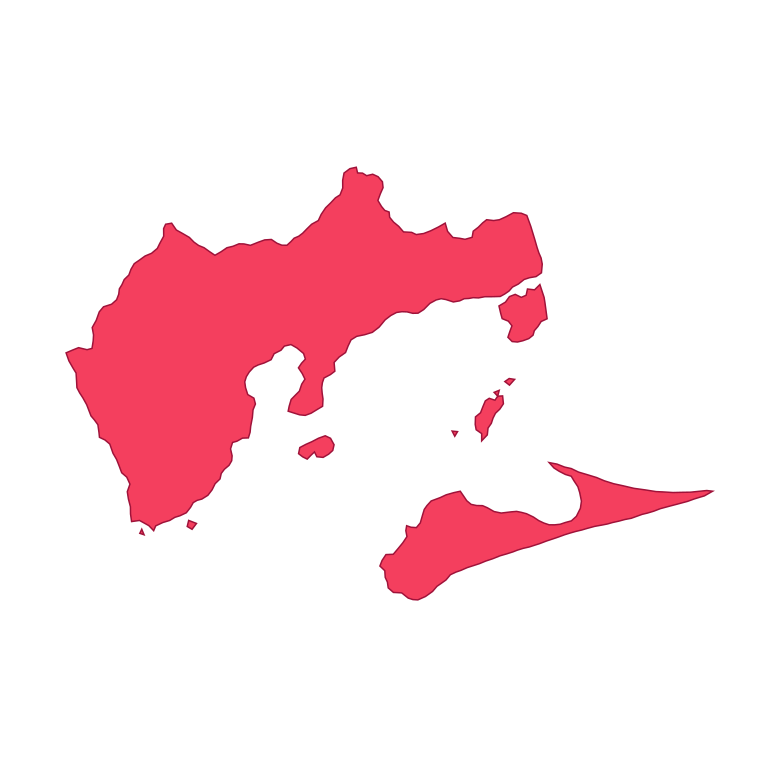 Mangaratiba, Rio de Janeiro, Brazil, rotated 352°
{"feature_id": "56859067B1398595920076", "entity_name": "Mangaratiba", "entity_type": "district", "adm_level": 2, "iso_a3": "BRA", "parent_name": "Brazil", "parent_adm1": "Rio de Janeiro", "projection": "orthographic", "projection_center": [-43.995, -22.973], "detail": "fine", "context": "isolated", "style": "filled", "palette": "rose", "viewbox_px": 768, "rotation_deg": 352, "n_neighbors": 0, "source": "geoboundaries", "source_scale": "gbopen_adm2", "svg_char_len": 5657}
<svg xmlns="http://www.w3.org/2000/svg" viewBox="0 0 768 768"><g transform="rotate(352 384 384)"><path d="M114.9,485.1L122.9,485.1L131.4,491.5L135.5,497.2L138.2,492.7L145.7,490.4L152.8,489.3L158.4,486.9L163.5,486.1L170.3,484.0L175.2,479.3L178.6,474.9L182.8,473.2L187.6,472.6L194.1,469.7L199.0,464.9L202.9,459.2L208.4,455.2L210.4,449.9L214.1,446.2L219.2,443.0L222.5,438.8L223.6,434.0L223.0,426.9L225.9,420.8L230.4,420.2L236.3,417.9L242.2,418.5L244.7,413.1L246.1,407.3L249.0,398.8L250.7,391.4L253.9,385.9L253.2,379.9L247.6,375.5L246.4,368.4L246.4,362.5L248.7,357.6L252.2,353.4L257.3,349.2L262.1,347.6L268.3,346.5L275.6,344.2L279.4,338.7L286.7,336.2L290.6,332.6L297.4,332.0L302.8,336.2L308.6,342.6L309.6,348.4L305.2,352.0L301.5,356.1L304.5,362.3L306.4,368.2L302.5,372.7L299.2,379.3L294.7,382.7L289.9,386.4L287.0,392.8L285.3,397.6L290.7,400.2L296.2,402.8L301.6,404.1L307.7,402.8L314.4,399.9L320.1,397.5L321.5,390.4L321.5,384.3L321.8,379.0L323.2,374.1L325.4,369.7L332.3,367.2L337.1,364.5L337.6,355.7L343.4,351.0L350.3,347.5L353.7,341.4L357.5,335.7L363.6,333.0L371.7,332.5L379.7,331.2L387.2,326.9L394.1,320.6L400.3,317.1L406.4,314.9L411.8,314.9L416.9,315.8L422.3,318.0L427.6,318.6L433.7,315.8L440.7,310.5L447.4,308.0L452.5,307.5L457.1,309.0L464.1,312.4L470.5,312.2L475.3,310.7L479.9,311.1L484.3,310.9L489.6,311.9L496.0,311.6L504.1,312.7L511.3,313.5L516.0,311.7L520.8,309.3L524.7,305.9L531.0,303.7L537.3,300.0L542.8,299.0L549.5,298.8L555.4,295.8L557.4,287.3L557.1,281.1L555.6,275.7L554.6,270.2L553.4,261.7L551.3,248.3L548.9,237.0L543.7,234.0L536.0,232.4L528.2,235.3L521.1,237.4L515.3,237.4L508.5,235.6L504.1,238.2L499.2,241.9L493.6,245.1L491.7,251.0L484.4,252.0L479.4,250.3L472.6,248.5L468.2,241.7L467.0,233.2L459.7,236.1L451.5,238.8L444.2,240.5L436.7,240.5L432.5,237.7L424.5,236.1L420.5,229.9L416.0,225.0L412.8,219.7L413.0,214.4L408.9,212.2L406.2,207.8L403.5,201.4L406.7,195.4L410.4,189.4L410.6,183.5L407.0,177.9L402.0,174.7L395.8,175.3L392.1,172.2L387.2,171.3L386.7,165.5L380.2,166.0L373.8,169.5L371.4,176.6L370.4,184.2L366.8,190.6L361.9,192.8L356.3,197.3L350.7,201.4L345.4,207.3L341.7,213.0L334.6,215.7L329.3,219.6L324.4,223.4L320.1,225.8L315.3,227.1L311.7,230.0L307.2,233.1L302.1,232.3L297.6,229.7L292.6,225.2L285.9,224.7L279.6,226.0L271.0,228.1L264.8,225.8L259.9,225.0L253.6,226.6L247.4,227.2L241.2,230.3L234.5,233.0L229.4,228.4L224.8,224.0L219.7,221.0L215.6,217.1L211.7,211.8L205.6,207.0L199.8,202.6L196.1,195.2L190.0,195.4L187.4,199.4L186.4,207.0L181.5,213.6L178.4,218.2L172.0,222.2L165.2,224.0L158.6,227.5L153.5,230.0L149.4,235.2L146.5,240.6L141.3,244.4L138.3,249.2L135.2,252.9L133.8,258.2L130.9,263.4L125.3,267.1L117.0,268.5L112.1,272.9L107.9,280.9L102.9,287.5L103.2,295.0L102.0,300.9L99.8,308.1L94.7,308.7L86.6,305.5L80.1,307.1L73.5,308.9L75.2,317.3L78.4,325.3L80.6,330.3L80.0,337.9L79.4,344.9L81.4,350.5L83.8,355.6L86.7,363.1L89.4,374.8L92.3,379.4L95.0,384.5L95.0,392.4L94.8,397.2L99.9,400.6L104.1,405.3L106.0,414.9L108.7,421.5L110.4,428.6L111.9,435.4L116.3,440.4L118.5,447.8L114.8,454.9L114.9,462.3L115.8,470.3L114.9,477.5L114.9,485.1ZM633.4,547.5L640.3,545.9L650.8,544.6L657.6,543.8L668.2,542.5L674.8,541.1L680.9,540.1L685.7,539.4L694.5,535.9L688.8,534.4L681.1,534.1L672.6,533.8L663.7,532.7L655.1,531.7L645.8,529.8L638.4,528.4L627.9,525.2L617.0,522.1L606.7,518.1L597.5,514.7L588.7,510.5L581.5,506.2L572.5,502.0L564.4,498.3L557.7,493.8L551.3,491.4L544.2,487.4L536.6,484.8L540.6,490.8L545.3,494.8L551.0,498.8L556.6,501.4L558.6,506.2L561.7,512.7L562.7,518.9L563.2,527.5L561.2,534.4L556.1,541.8L550.5,545.6L544.2,546.4L538.9,547.4L533.3,547.2L527.9,546.4L522.9,543.9L518.2,540.8L513.4,536.5L507.1,532.3L502.1,530.2L497.6,528.6L492.2,528.3L482.1,528.1L475.2,525.6L469.1,520.9L464.7,518.2L458.7,517.2L453.5,515.3L449.7,511.1L447.3,506.2L444.6,500.8L438.0,501.3L430.1,502.4L423.9,504.3L414.4,506.4L409.6,510.4L406.4,513.8L404.0,519.0L400.6,526.6L396.1,530.7L390.8,529.6L386.7,527.5L385.2,532.3L385.5,538.3L380.6,543.8L375.3,548.7L369.5,553.9L362.2,553.2L357.5,558.5L354.6,563.7L358.8,569.0L358.3,575.7L359.8,580.6L359.8,586.5L364.3,591.7L372.4,593.3L378.2,599.4L382.6,601.5L387.5,602.5L395.5,600.2L403.2,596.2L408.3,591.7L412.5,589.6L418.1,586.7L423.2,582.1L429.0,580.3L434.1,579.3L440.9,577.4L448.4,576.1L453.5,575.2L460.1,573.5L467.2,572.2L474.9,570.3L481.9,569.3L488.3,568.2L492.9,567.1L499.1,566.1L505.2,565.6L509.7,564.8L515.6,563.8L523.1,562.1L529.7,560.9L535.0,559.9L542.0,558.4L547.6,557.5L553.3,556.7L559.6,556.1L564.9,555.3L572.9,554.3L580.7,554.0L585.9,553.7L591.0,553.0L597.4,552.5L603.8,551.7L610.1,551.4L621.6,549.0L626.9,548.5L633.4,547.5ZM552.2,307.2L546.2,311.7L539.3,309.9L537.1,315.9L532.0,317.3L526.4,313.5L520.4,314.9L515.7,319.8L508.7,322.7L509.4,330.4L510.1,335.7L515.9,339.1L518.8,344.2L516.0,349.4L513.2,355.0L516.8,359.8L522.0,361.0L527.5,360.5L533.7,359.2L538.4,356.4L540.3,352.1L544.4,348.5L548.3,344.0L554.6,342.1L554.7,326.3L554.6,320.5L552.2,307.2ZM494.9,411.9L491.6,415.5L486.2,412.8L482.0,414.8L478.9,420.0L475.6,425.9L470.0,429.3L468.7,436.7L468.9,442.1L473.8,446.7L472.8,453.9L479.2,448.8L480.9,442.1L484.8,437.9L487.2,433.0L490.3,428.5L495.2,425.0L499.5,420.2L499.8,412.3L494.9,411.9ZM326.1,437.2L323.5,430.3L318.6,427.1L311.5,428.6L304.5,431.1L298.2,432.9L291.8,435.2L289.7,441.1L293.3,444.8L297.5,447.7L301.6,444.5L305.7,441.6L307.4,446.7L313.5,448.2L319.4,445.8L324.0,442.7L326.1,437.2ZM178.9,496.0L171.6,491.9L169.3,497.7L173.7,501.2L178.9,496.0ZM514.0,397.6L508.7,396.0L504.0,398.4L508.1,402.6L514.0,397.6ZM450.2,441.4L444.9,440.1L446.8,445.6L450.2,441.4ZM494.9,411.9L497.2,406.3L491.9,407.6L494.9,411.9ZM123.9,494.1L121.4,497.9L125.4,499.9L123.9,494.1Z" fill="#f43f5e" stroke="#9f1239" stroke-width="1.5"/></g></svg>